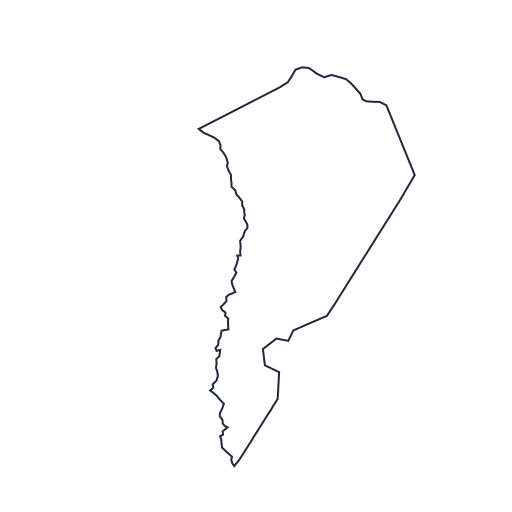 Esperantinópolis, Maranhão, Brazil, rotated 116°
{"feature_id": "56859067B90627563258155", "entity_name": "Esperantinópolis", "entity_type": "district", "adm_level": 2, "iso_a3": "BRA", "parent_name": "Brazil", "parent_adm1": "Maranhão", "projection": "robinson", "projection_center": [-44.82, -4.92], "detail": "fine", "context": "isolated", "style": "outline", "palette": "slate", "viewbox_px": 512, "rotation_deg": 116, "n_neighbors": 0, "source": "geoboundaries", "source_scale": "gbopen_adm2", "svg_char_len": 1983}
<svg xmlns="http://www.w3.org/2000/svg" viewBox="0 0 512 512"><g transform="rotate(116 256 256)"><path d="M454.4,183.5L446.1,181.6L432.5,180.1L426.6,179.4L423.7,179.1L418.8,178.7L414.9,178.2L408.3,177.5L391.0,175.6L387.5,175.1L383.1,174.8L375.1,173.9L370.1,175.9L350.3,184.3L350.3,200.1L340.0,206.8L336.6,209.0L321.3,201.5L318.1,189.8L306.5,189.8L292.8,178.2L278.8,166.1L265.1,164.2L250.6,162.7L245.1,162.1L231.9,160.7L188.4,156.0L182.5,155.4L153.2,152.2L140.6,150.9L113.7,148.8L111.0,151.8L63.4,204.9L63.3,212.5L65.6,217.3L68.6,224.5L68.6,228.8L64.5,233.2L59.4,245.6L57.6,252.3L58.4,258.1L60.2,267.5L65.4,273.0L65.5,276.9L65.5,280.6L63.8,291.0L66.3,297.4L71.3,302.2L79.0,302.7L85.9,303.6L94.0,308.6L102.0,314.6L166.9,363.2L168.2,357.3L168.0,350.9L167.9,345.5L169.0,339.7L172.1,336.3L175.5,335.1L177.4,330.7L179.6,327.1L181.9,324.5L184.7,322.2L188.0,321.5L191.6,317.6L194.2,313.9L197.7,312.3L201.1,310.0L204.5,308.4L206.0,303.4L209.2,300.6L211.1,296.0L213.1,292.3L216.7,290.5L218.9,287.4L221.6,285.9L224.1,284.1L227.5,283.4L229.5,280.4L231.5,277.6L234.5,276.0L238.4,276.9L243.9,276.1L249.5,276.9L254.2,273.9L259.2,272.1L262.3,270.1L263.8,273.0L266.2,270.9L270.7,270.0L274.2,269.6L277.6,269.6L279.5,266.3L284.2,266.5L289.1,267.0L292.1,264.9L294.9,261.7L297.4,258.8L299.9,260.8L302.6,263.3L305.7,264.8L309.6,262.8L313.6,264.0L317.4,265.4L319.5,262.5L320.2,258.6L323.3,257.6L324.5,253.4L327.6,252.3L330.2,250.9L334.1,248.6L336.3,251.6L338.2,254.2L341.4,253.4L344.5,252.3L348.3,252.7L352.6,251.0L356.4,252.1L358.6,249.8L356.1,247.0L362.0,245.0L366.1,246.5L370.4,244.1L374.2,242.9L376.6,240.3L380.6,237.6L385.4,236.9L390.3,238.7L393.2,236.6L397.0,238.3L397.7,234.3L398.7,230.2L401.0,225.4L402.9,220.1L407.9,219.5L413.0,219.5L416.0,218.3L417.9,214.3L421.0,212.6L422.4,209.7L422.4,206.4L428.2,209.1L431.0,207.3L433.8,209.3L436.1,206.8L439.5,204.9L443.2,202.4L444.1,199.2L445.4,195.1L446.9,189.6L450.0,188.9L452.7,186.4L454.4,183.5Z" fill="none" stroke="#1e293b" stroke-width="2"/></g></svg>